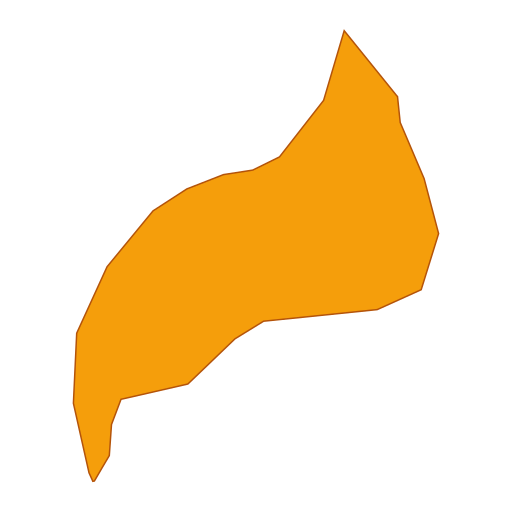 the County of Bukwa
{"feature_id": "UGA-3113", "entity_name": "Bukwa", "entity_type": "County", "adm_level": 1, "iso_a3": "UGA", "parent_name": "Uganda", "parent_adm1": "", "projection": "orthographic", "projection_center": [34.655, 1.256], "detail": "fine", "context": "isolated", "style": "filled", "palette": "amber", "viewbox_px": 512, "rotation_deg": 0, "n_neighbors": 0, "source": "natural_earth", "source_scale": "10m", "svg_char_len": 471}
<svg xmlns="http://www.w3.org/2000/svg" viewBox="0 0 512 512"><path d="M102.2,467.6L94.4,481.0L92.8,481.3L92.7,481.0L89.0,472.8L73.4,403.3L76.7,333.2L107.1,266.7L153.1,210.8L186.9,188.9L223.5,174.6L252.7,170.1L279.5,156.9L323.6,100.4L344.2,30.7L396.7,95.7L397.5,96.5L400.2,122.5L424.1,178.6L438.6,233.6L421.2,289.7L377.2,309.6L263.6,321.2L235.0,338.8L187.9,384.0L121.0,399.3L111.5,424.5L109.3,455.6L102.2,467.6Z" fill="#f59e0b" stroke="#b45309" stroke-width="1.5"/></svg>